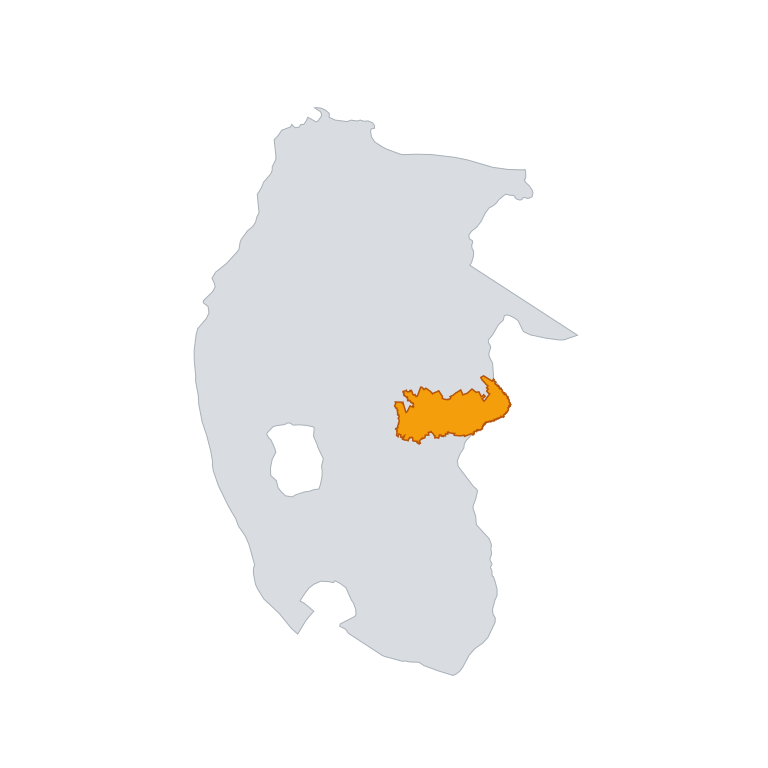 Dr Ruth Segomotsi Mompati, North West, South Africa shown in context, rotated 123°
{"feature_id": "47623444B1265322146951", "entity_name": "Dr Ruth Segomotsi Mompati", "entity_type": "district", "adm_level": 2, "iso_a3": "ZAF", "parent_name": "South Africa", "parent_adm1": "North West", "projection": "mercator", "projection_center": [24.344, -26.693], "detail": "fine", "context": "in_parent", "style": "filled", "palette": "amber", "viewbox_px": 768, "rotation_deg": 123, "n_neighbors": 0, "source": "geoboundaries", "source_scale": "gbopen_adm2", "svg_char_len": 9678}
<svg xmlns="http://www.w3.org/2000/svg" viewBox="0 0 768 768"><g transform="rotate(123 384 384)"><path d="M523.4,161.0L540.0,158.8L547.5,160.1L556.5,163.7L564.9,164.9L579.1,163.7L584.1,164.2L587.9,165.5L590.8,167.4L594.9,181.7L598.4,197.1L598.3,202.1L598.8,204.0L602.9,210.6L604.4,214.7L606.7,218.0L612.0,234.6L612.6,237.5L612.5,277.9L610.5,282.8L611.4,289.2L609.0,290.0L594.7,281.8L592.2,282.1L588.2,285.2L584.5,290.0L582.8,294.0L575.6,305.0L575.1,312.0L575.7,318.0L578.1,318.2L579.8,322.6L583.7,329.5L590.3,333.9L596.4,335.9L605.0,336.4L611.7,336.3L611.3,331.6L612.8,319.1L624.0,320.7L640.7,320.2L639.5,328.3L633.5,346.9L629.7,367.8L624.7,378.4L621.9,382.8L613.8,390.5L609.6,393.1L606.1,394.0L592.2,409.8L587.1,417.4L582.5,428.6L577.9,434.7L571.3,447.8L559.6,467.3L549.6,480.1L545.2,483.9L542.3,485.6L534.4,493.0L523.3,505.1L514.8,515.9L502.1,528.1L494.8,533.5L483.7,544.0L480.7,545.6L468.2,555.5L459.3,561.5L444.8,568.5L439.0,570.4L425.3,568.6L419.6,569.6L414.8,573.8L414.3,579.9L412.3,580.8L399.7,578.0L394.5,578.5L391.5,581.7L389.0,585.9L381.8,586.1L368.9,581.8L353.7,579.2L350.2,578.9L342.9,582.1L340.3,582.5L329.6,581.9L323.7,579.9L318.0,579.9L313.7,581.5L308.4,582.1L294.1,593.5L286.8,593.6L280.4,594.9L269.2,593.4L265.8,594.1L262.5,596.1L254.8,597.0L251.8,598.7L238.9,609.2L233.6,608.1L226.9,608.0L219.3,602.4L216.4,602.7L217.1,601.1L217.4,598.1L214.7,595.0L211.7,595.2L210.1,592.7L205.5,592.5L201.8,593.2L201.1,583.6L199.3,582.6L194.7,582.4L192.5,582.7L191.4,583.6L190.2,585.8L190.2,592.6L188.6,590.6L186.8,586.6L186.2,582.3L186.9,577.2L190.3,575.3L189.3,568.8L184.0,557.8L180.7,555.4L178.1,549.8L175.6,547.7L174.5,543.8L172.0,540.6L171.2,535.6L172.5,532.8L174.7,531.2L177.0,533.7L179.7,532.7L183.6,529.1L186.0,523.7L186.1,514.9L185.5,509.5L182.4,495.5L180.9,492.3L173.9,482.4L165.7,469.1L155.4,448.2L150.5,435.7L143.0,410.7L136.4,396.6L128.4,383.5L127.3,382.6L128.6,381.0L132.9,378.0L134.9,377.2L135.9,377.6L137.0,376.7L137.9,374.7L138.7,370.1L140.7,365.3L142.5,363.2L146.3,361.8L149.3,363.6L150.5,365.4L151.0,367.8L152.3,368.9L154.3,368.8L155.8,370.3L156.6,373.2L156.5,375.4L155.3,376.7L155.4,378.5L156.9,380.7L158.6,385.5L166.4,388.0L170.9,388.3L175.1,389.5L179.0,391.7L185.5,392.2L194.6,391.1L202.0,391.6L207.9,393.7L212.1,394.1L214.7,392.7L215.9,390.8L215.5,388.3L216.8,386.7L219.8,386.1L222.1,384.2L223.9,381.1L228.0,378.6L234.5,376.7L237.7,376.7L237.7,248.3L249.0,257.1L251.7,261.1L257.3,273.0L263.0,287.7L264.0,294.8L263.7,296.4L257.8,306.1L257.6,310.9L258.3,316.5L259.7,319.3L261.4,320.2L265.5,318.8L271.7,320.3L283.7,319.7L289.7,320.4L291.2,319.9L292.5,318.8L294.1,315.4L295.5,314.3L301.1,312.8L303.6,310.8L307.5,304.2L319.4,295.2L320.7,293.1L328.2,271.8L330.4,268.8L333.7,266.8L340.3,265.2L344.1,266.1L348.2,267.9L352.9,271.0L359.9,276.8L362.2,277.7L369.2,277.9L373.5,281.7L386.5,284.3L390.3,284.1L394.4,282.1L401.1,282.2L408.3,280.7L412.6,277.0L421.0,253.8L421.9,248.7L422.9,247.3L429.7,244.7L438.0,242.7L439.7,241.7L444.9,235.2L451.7,229.9L456.5,211.6L459.5,207.3L461.4,205.5L462.7,205.4L464.4,204.3L466.6,202.1L469.3,200.7L472.4,200.2L474.4,198.7L475.4,196.2L477.0,195.0L479.2,195.1L480.5,194.3L480.9,192.7L485.9,188.8L486.1,187.2L489.0,183.4L494.6,177.3L500.0,173.9L505.0,173.2L514.3,170.1L517.6,167.2L519.7,163.2L523.4,161.0ZM507.9,436.8L516.2,433.5L522.4,429.2L523.8,421.4L528.5,416.6L530.2,412.1L531.5,405.9L528.7,399.5L524.9,397.6L517.9,392.0L514.8,388.3L510.6,385.1L507.6,381.4L502.8,382.6L495.3,385.6L490.7,388.4L486.8,391.7L479.8,394.1L473.3,404.7L471.2,407.1L466.1,414.8L458.6,418.7L458.5,420.0L460.9,426.4L464.3,432.7L468.0,437.9L467.8,441.1L469.0,443.5L472.2,445.3L477.7,451.7L480.4,453.8L488.7,455.4L489.9,455.0L492.1,451.1L492.4,448.4L497.9,440.0L500.3,437.5L507.9,436.8Z" fill="#d9dde1" stroke="#a8b0b8" stroke-width="1"/><path d="M415.2,324.2L415.2,322.0L413.5,322.8L414.1,320.6L413.3,322.2L412.2,323.3L409.5,322.7L409.8,322.6L406.8,320.4L404.4,321.5L402.4,318.6L400.5,320.5L399.0,318.5L398.4,318.9L398.2,318.4L398.6,317.5L399.0,315.5L400.0,313.7L399.7,312.9L401.5,312.0L399.9,310.1L399.7,308.7L397.4,309.3L396.5,309.8L395.7,308.1L396.6,307.6L395.8,305.8L395.2,306.2L394.1,304.2L392.2,305.3L391.3,303.3L390.0,304.4L389.8,303.9L389.2,304.0L389.3,303.5L389.6,303.4L389.1,302.0L387.8,299.1L387.0,297.8L388.7,297.5L388.3,296.1L387.0,293.9L386.1,292.0L385.3,291.0L383.6,289.2L383.1,288.3L384.0,287.9L377.7,283.3L378.3,281.9L377.9,281.8L377.8,281.5L377.5,281.7L377.2,281.4L377.0,281.6L376.7,281.4L376.6,281.9L376.4,282.0L375.9,281.8L375.7,282.4L375.4,282.1L375.1,282.5L374.3,282.2L373.3,281.3L373.2,281.1L373.4,280.6L372.6,280.7L372.1,281.1L371.9,280.7L372.3,280.4L372.2,280.0L371.9,280.1L371.6,280.4L371.3,280.5L371.3,279.9L370.9,279.7L371.0,279.3L370.6,279.2L370.2,278.7L370.3,278.3L369.9,278.3L369.7,277.9L369.2,277.5L368.9,277.5L368.5,277.8L368.2,277.8L368.1,277.6L368.3,277.3L368.1,277.0L367.6,277.2L367.5,277.7L366.4,277.8L366.1,278.0L365.9,278.3L365.7,278.2L365.6,277.8L365.3,277.8L365.2,278.0L365.3,278.4L365.0,278.5L364.8,278.5L364.1,277.9L364.0,278.3L363.3,278.5L363.3,277.9L363.6,277.7L363.3,277.4L362.7,277.5L362.3,277.3L362.1,277.3L362.0,277.6L361.6,277.5L361.7,277.9L361.5,278.1L360.9,278.1L360.6,277.8L360.2,277.7L360.3,276.9L359.5,276.6L359.4,276.0L358.2,275.6L358.1,275.4L358.3,275.1L358.0,274.7L357.6,275.0L357.2,274.9L357.1,274.4L357.6,273.9L357.6,273.7L357.1,273.6L356.5,273.7L356.2,273.4L355.8,273.4L355.8,272.9L355.4,272.7L355.6,272.2L354.9,271.9L354.7,271.4L353.9,272.0L353.9,271.6L353.7,271.4L353.2,271.5L352.8,271.3L352.8,271.1L353.1,270.8L352.8,270.4L352.5,270.4L352.4,270.9L351.9,270.9L351.7,270.2L351.0,270.0L351.3,269.5L351.2,269.3L350.9,269.2L350.6,269.7L350.4,269.7L350.2,269.5L350.2,269.0L349.7,268.8L349.4,268.9L349.4,268.3L348.6,268.2L348.3,267.8L347.4,268.2L347.6,267.5L347.4,267.0L347.0,266.7L346.9,266.3L346.5,266.4L346.3,266.3L346.6,265.7L345.8,265.6L345.2,266.7L344.9,266.9L344.6,266.6L343.5,266.5L343.3,266.0L343.1,265.9L342.1,266.1L341.7,265.7L341.4,266.1L341.2,266.2L340.6,265.5L340.1,265.7L339.7,265.5L339.3,265.7L338.6,265.5L337.8,265.6L337.4,266.0L337.1,266.5L336.6,266.5L336.2,267.0L335.5,266.5L335.3,266.5L334.7,266.8L334.7,267.2L334.4,267.5L333.8,267.3L333.6,267.0L333.9,266.5L333.8,266.0L333.6,266.1L332.9,266.8L332.5,266.4L332.2,266.3L332.1,266.5L332.4,267.4L332.3,267.6L332.1,267.8L331.3,267.8L331.1,268.0L331.2,268.8L331.0,269.2L329.4,270.3L329.1,270.6L328.8,271.7L328.4,272.2L328.5,272.5L328.8,272.6L328.8,272.8L328.6,272.9L327.7,272.6L327.2,272.9L327.2,273.2L327.6,273.5L327.3,274.0L327.4,274.4L327.0,274.8L326.5,275.8L326.1,276.1L327.2,276.9L327.4,277.3L327.2,277.5L326.7,277.5L325.7,277.9L326.0,278.5L326.6,278.8L326.4,279.4L326.4,279.9L325.7,281.0L324.7,281.4L324.6,283.0L324.4,283.3L323.8,283.3L323.7,283.5L324.2,283.9L325.0,284.2L325.1,284.5L324.8,285.1L323.7,285.6L323.7,285.8L323.9,286.3L323.8,286.5L323.1,286.7L323.0,286.9L323.1,287.3L324.0,287.6L324.1,287.8L323.5,288.5L323.3,288.9L323.5,289.8L323.4,291.1L322.8,291.3L321.9,291.1L321.6,291.1L321.5,291.5L321.7,292.1L321.7,293.2L320.4,294.0L320.6,294.6L320.4,294.9L322.7,294.8L322.9,304.9L325.8,306.4L327.0,304.3L327.2,303.7L328.2,299.7L328.8,298.1L329.0,295.7L331.4,295.9L331.5,293.8L334.0,294.1L334.7,292.1L334.7,290.0L342.0,290.4L344.0,290.8L343.0,293.7L341.5,293.1L339.2,292.5L338.7,294.6L339.8,294.6L341.7,295.6L338.9,300.1L340.8,302.4L340.3,307.5L346.4,309.1L350.2,312.1L349.0,313.6L347.2,316.4L349.7,317.6L351.2,318.2L352.1,318.8L355.7,319.9L358.6,321.7L359.1,320.5L360.6,320.5L362.0,322.0L362.3,321.8L363.2,323.5L364.0,325.5L364.3,327.4L362.4,328.3L362.4,328.9L360.5,333.0L360.4,333.4L360.0,333.8L359.9,334.4L361.7,335.4L365.2,337.9L365.9,337.9L365.0,340.6L364.8,341.8L364.9,343.4L364.7,345.1L364.8,346.7L366.9,347.4L366.5,348.4L366.1,350.3L366.6,351.5L375.8,349.5L377.1,350.2L375.9,352.3L377.3,353.0L376.5,355.1L376.0,355.2L374.4,357.6L375.4,358.7L376.0,358.0L377.8,360.0L377.8,360.6L377.1,361.9L377.7,362.0L379.9,364.0L380.8,363.2L380.6,362.1L381.6,361.7L381.7,361.8L382.2,361.7L382.4,361.5L382.2,361.1L382.8,360.7L382.6,360.0L382.7,359.4L382.5,359.0L382.8,358.4L382.5,357.7L382.1,357.5L382.1,357.1L382.3,357.1L382.5,357.4L382.9,357.3L382.9,356.9L383.3,356.7L383.5,356.5L383.7,355.5L384.5,355.4L384.7,355.5L384.9,355.3L384.7,354.9L385.0,354.7L383.7,353.3L383.8,353.1L384.1,353.2L384.3,352.6L384.1,352.3L384.4,351.5L384.8,351.4L384.9,350.8L384.4,350.2L384.2,349.6L384.6,349.4L384.4,348.9L384.8,348.5L384.8,348.2L387.0,347.8L386.8,346.9L387.7,346.8L387.6,347.3L387.6,347.8L388.1,348.6L387.9,349.7L388.2,350.2L394.4,349.5L395.9,350.1L389.6,357.6L390.1,357.5L389.9,357.8L390.0,357.9L390.0,358.1L389.6,358.0L389.1,358.3L392.9,364.7L393.6,363.6L394.4,363.6L394.7,363.4L395.0,363.5L395.6,363.1L396.2,363.2L396.7,363.1L396.8,362.4L397.8,361.1L397.6,360.8L397.2,360.3L397.2,360.2L397.9,359.7L398.1,359.3L398.5,359.0L398.5,358.1L399.1,358.2L399.4,358.1L400.2,357.5L400.6,356.8L402.3,356.0L402.5,355.6L402.0,355.2L401.8,354.9L402.5,354.4L403.0,353.5L403.8,353.4L404.2,353.5L404.8,353.3L405.0,353.4L405.3,352.7L405.8,351.9L406.7,351.1L407.6,350.7L408.2,350.7L409.1,350.5L409.4,349.9L410.4,349.9L411.8,349.7L412.3,349.3L412.9,348.5L413.5,348.7L413.7,349.0L414.1,349.0L414.4,349.6L414.9,349.9L415.2,349.9L415.6,349.3L415.6,348.3L415.5,347.8L415.6,347.6L416.6,347.5L417.1,346.9L417.4,346.9L418.8,346.0L419.5,346.0L419.8,345.6L420.3,345.4L420.5,343.5L417.9,344.3L417.6,342.6L417.5,342.0L419.5,341.2L419.3,339.2L418.4,339.4L416.3,338.7L418.1,338.3L420.2,338.3L419.6,335.7L418.7,334.5L418.5,332.9L416.3,333.3L415.6,333.0L415.5,333.3L414.8,333.3L414.0,331.7L413.5,331.7L413.6,330.5L415.1,329.4L415.9,329.0L415.7,328.1L414.1,325.1L414.5,325.0L414.3,324.5L414.6,324.2L415.2,324.2Z" fill="#f59e0b" stroke="#b45309" stroke-width="1.5"/></g></svg>